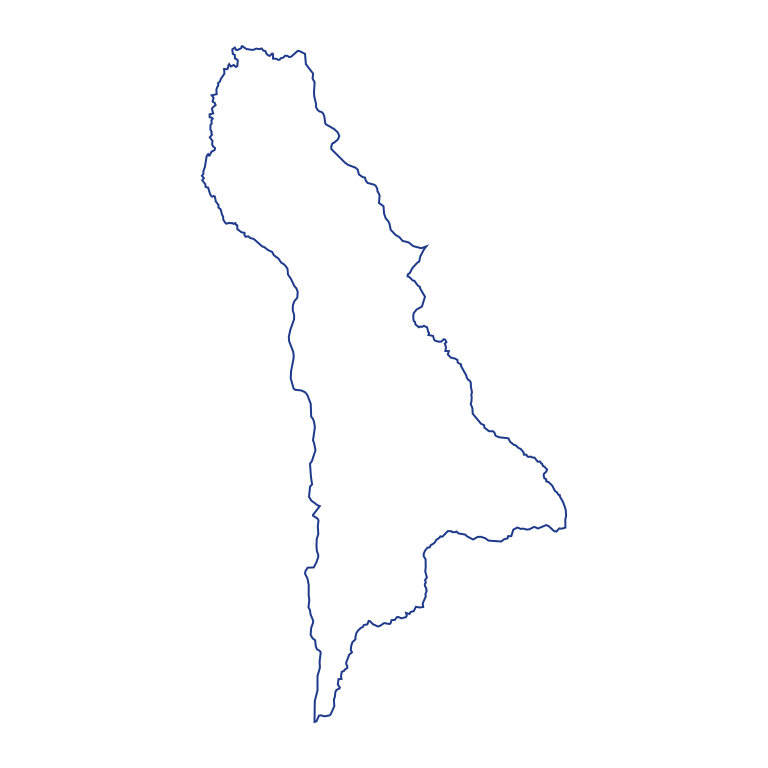 Villa Gómez, Cundinamarca, Colombia (Natural Earth projection)
{"feature_id": "7082276B48238544943063", "entity_name": "Villa Gómez", "entity_type": "district", "adm_level": 2, "iso_a3": "COL", "parent_name": "Colombia", "parent_adm1": "Cundinamarca", "projection": "natural_earth1", "projection_center": [-74.187, 5.267], "detail": "fine", "context": "isolated", "style": "outline", "palette": "blue", "viewbox_px": 768, "rotation_deg": 0, "n_neighbors": 0, "source": "geoboundaries", "source_scale": "gbopen_adm2", "svg_char_len": 6063}
<svg xmlns="http://www.w3.org/2000/svg" viewBox="0 0 768 768"><path d="M565.4,527.6L565.3,519.5L566.1,516.0L565.8,510.4L565.1,507.6L562.7,501.3L559.9,496.6L559.8,495.1L558.5,494.8L557.1,492.6L554.8,490.7L552.3,485.7L548.6,482.1L546.2,481.3L546.2,479.3L544.3,478.2L543.7,475.7L543.9,473.8L546.2,471.7L547.1,469.6L544.5,466.7L542.9,466.0L542.1,463.8L541.1,463.4L540.1,461.5L537.7,461.7L534.5,457.6L532.3,457.5L530.7,456.6L528.5,456.9L527.2,456.3L526.4,454.7L523.9,454.7L523.6,452.5L520.7,448.9L518.4,447.9L515.8,445.4L513.9,444.8L510.1,441.8L508.4,438.3L499.5,437.3L496.2,436.1L495.2,435.1L494.5,432.6L493.2,431.3L489.0,431.2L484.4,427.6L484.1,425.2L481.0,423.7L472.7,413.7L472.4,408.2L470.7,403.9L471.4,401.8L471.7,397.4L471.3,394.9L472.0,392.2L470.9,386.9L470.8,382.6L469.7,380.6L468.3,379.9L466.7,377.5L466.4,375.7L461.1,366.2L461.1,364.5L457.7,362.5L457.4,360.0L455.1,358.6L451.0,357.7L447.8,354.5L448.8,351.1L445.4,351.0L446.0,347.1L444.8,343.6L446.4,342.1L445.2,339.6L443.6,339.3L441.4,341.6L438.7,341.7L435.0,340.6L434.1,339.6L433.0,335.9L428.4,335.0L429.1,332.8L428.1,331.7L427.2,327.5L423.9,325.8L422.1,326.9L420.2,326.5L418.9,327.3L415.5,324.5L415.0,321.9L413.8,321.0L413.5,319.8L413.2,316.0L413.8,313.0L416.6,309.5L421.9,306.6L425.0,296.8L420.1,288.4L420.0,287.1L417.6,285.3L414.4,280.8L413.0,280.6L409.0,276.8L407.6,276.4L407.6,275.3L408.1,274.1L409.8,273.1L412.3,268.2L416.9,263.1L419.2,261.5L420.4,256.1L424.3,248.9L426.3,246.4L421.3,248.2L413.4,246.2L408.6,242.4L402.6,240.9L399.4,237.2L395.3,234.7L390.7,229.8L389.4,223.5L387.9,220.7L385.8,218.5L384.1,213.7L383.5,206.2L379.0,203.0L379.6,195.6L378.2,192.2L377.5,191.6L377.3,189.1L375.9,186.0L374.5,184.8L367.5,182.9L365.7,180.4L365.0,177.6L362.5,177.0L358.9,174.4L357.7,169.7L355.7,167.8L347.9,164.8L344.8,162.5L331.4,149.1L331.2,146.9L331.9,144.4L332.8,143.1L334.0,142.8L337.9,139.4L339.3,136.0L337.8,132.5L334.5,129.3L325.9,124.3L325.2,123.0L324.2,115.8L323.0,113.4L321.6,112.0L319.3,111.4L317.4,109.6L316.0,106.9L316.1,104.2L314.3,96.7L314.0,92.9L314.6,82.2L312.6,78.6L313.1,73.6L305.9,64.2L305.0,53.8L299.0,50.9L297.7,50.9L291.2,56.7L289.0,57.0L287.5,55.9L285.2,55.7L283.1,57.7L280.7,58.3L279.7,59.6L278.3,59.9L276.3,58.8L273.0,58.6L273.1,54.6L272.7,53.6L271.9,53.6L270.0,55.8L268.8,55.7L266.5,53.9L265.4,51.1L263.2,50.5L261.8,48.5L259.1,49.1L256.2,48.6L253.6,49.8L251.3,49.8L246.4,49.0L242.2,46.1L241.6,46.4L241.3,48.1L237.5,50.0L236.1,49.9L234.8,47.6L232.3,49.4L232.8,53.9L234.7,54.8L235.0,58.5L237.1,59.5L237.8,60.5L237.3,66.2L235.9,66.9L233.7,65.0L230.9,66.5L229.2,64.1L228.5,65.1L227.8,68.6L226.9,69.2L224.1,69.0L224.4,73.7L221.0,78.6L219.7,81.9L218.1,83.0L218.3,85.6L217.1,87.3L216.4,89.8L216.6,94.2L211.7,95.3L213.6,97.8L212.6,101.6L214.7,102.9L215.6,105.1L212.6,107.6L211.9,108.9L213.2,113.4L209.6,114.4L209.7,117.2L212.1,117.8L212.7,118.7L211.4,120.4L211.7,123.5L210.5,124.9L210.4,129.6L211.7,131.9L211.3,132.8L212.0,134.7L209.8,137.3L212.5,141.0L212.1,144.2L213.0,146.3L214.9,147.9L215.0,149.0L214.4,150.2L211.6,151.6L209.5,155.6L208.9,155.6L208.1,154.2L206.7,156.0L204.9,166.9L203.4,171.0L203.4,173.8L201.9,175.8L203.9,178.2L202.2,180.2L205.2,184.1L205.7,187.0L208.1,187.6L210.1,194.1L211.5,196.3L212.2,196.7L213.9,196.0L214.8,196.5L215.9,201.6L218.5,205.0L218.4,207.5L220.7,209.4L222.0,214.6L223.2,216.9L223.2,219.6L225.5,223.1L226.6,223.7L229.2,222.8L230.6,223.3L232.1,222.9L233.5,223.9L235.4,223.1L235.8,224.7L237.3,225.4L237.3,229.1L241.5,232.3L244.5,232.8L244.5,235.2L245.5,236.7L248.5,236.4L250.3,238.1L253.7,238.9L262.3,246.5L264.1,247.0L268.1,250.1L272.1,251.9L273.9,255.3L278.4,258.5L281.1,262.5L284.4,264.6L286.7,267.5L287.5,268.9L288.0,274.5L291.1,279.2L294.3,286.0L296.4,288.4L297.7,291.8L297.3,297.7L294.5,301.0L292.9,305.1L292.7,310.3L294.1,314.7L294.1,319.2L290.3,329.9L288.8,337.0L289.2,341.4L293.2,351.8L293.7,355.6L293.5,358.9L291.1,370.9L290.7,378.3L293.6,388.5L295.2,389.8L301.0,390.4L305.1,392.2L307.3,394.9L310.7,403.7L311.2,416.6L312.9,418.8L314.0,421.6L314.9,427.2L313.0,440.3L314.0,442.7L315.5,450.2L311.9,461.1L310.0,463.8L311.0,477.3L312.1,484.4L310.1,486.5L309.0,496.7L311.2,500.5L317.6,505.3L319.8,506.1L313.0,514.9L313.1,515.8L317.3,518.4L318.5,520.3L317.8,526.3L318.3,534.1L316.7,539.2L316.5,546.0L316.8,550.7L318.3,555.2L318.2,556.9L316.6,561.9L313.8,567.4L307.6,567.7L305.5,571.0L305.0,573.6L307.5,578.6L308.7,584.9L308.7,595.9L309.3,599.8L308.5,607.4L309.9,609.9L310.6,614.5L313.2,620.7L313.0,622.9L311.2,627.8L310.6,634.9L312.6,638.3L315.1,640.2L315.9,646.8L317.0,649.3L319.9,651.0L320.7,652.4L319.6,661.7L319.9,667.7L317.5,676.1L317.5,690.4L314.8,701.0L314.5,721.9L316.5,721.2L318.9,715.7L321.0,715.3L324.2,716.3L329.2,715.5L330.4,714.7L331.5,712.5L334.3,706.2L333.9,699.6L334.9,696.7L335.4,692.0L336.5,689.9L339.3,688.6L339.9,687.7L337.8,684.5L338.5,679.2L341.5,678.9L341.0,676.4L341.7,671.9L344.1,670.8L345.1,669.3L347.2,668.1L347.3,666.1L346.2,664.1L346.2,662.6L349.2,654.7L352.0,652.3L350.8,650.1L351.1,646.4L352.4,642.2L355.4,639.4L355.5,636.5L356.5,632.8L358.2,630.4L360.9,627.8L362.7,627.1L363.9,625.0L367.3,624.4L368.7,620.9L370.0,621.2L373.0,624.2L377.9,626.5L380.4,625.6L384.1,623.1L389.7,624.0L390.5,623.4L391.6,620.1L394.8,619.9L397.0,617.1L398.4,617.0L401.2,618.3L405.9,617.2L406.8,615.7L406.0,612.9L409.5,614.0L410.5,612.1L413.8,611.0L415.9,606.8L419.8,607.5L423.2,607.0L422.7,603.4L425.8,596.4L425.4,594.1L426.7,591.0L426.1,589.7L426.4,588.3L425.0,586.2L424.8,584.1L425.8,582.7L425.1,579.9L426.9,577.5L425.2,571.3L425.7,567.8L425.6,559.4L423.6,556.0L423.8,553.5L425.1,550.6L427.4,547.7L429.8,547.3L430.6,545.3L434.2,543.1L436.5,539.7L439.4,537.8L440.3,536.4L442.4,536.7L447.8,531.1L451.3,531.2L452.3,532.1L455.7,532.1L456.6,531.6L458.5,533.4L465.2,534.6L467.1,536.4L473.1,539.5L477.7,536.9L481.0,536.8L485.2,538.2L488.5,540.6L501.1,541.5L504.1,539.3L507.6,538.3L508.1,536.1L511.3,536.1L513.3,529.7L517.4,527.5L520.7,528.9L523.3,528.6L526.8,529.6L529.6,529.2L533.5,527.1L535.0,527.1L538.0,528.5L546.1,525.1L548.7,526.1L554.0,531.0L556.3,531.6L559.3,528.4L561.6,528.7L565.4,527.6Z" fill="none" stroke="#1e3a8a" stroke-width="2"/></svg>